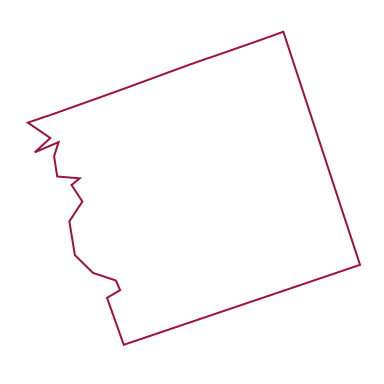 the district of Schuyler, Missouri, United States of America, rotated 342°
{"feature_id": "52423323B20022887638362", "entity_name": "Schuyler", "entity_type": "district", "adm_level": 2, "iso_a3": "USA", "parent_name": "United States of America", "parent_adm1": "Missouri", "projection": "equal_earth", "projection_center": [-92.615, 40.47], "detail": "fine", "context": "isolated", "style": "outline", "palette": "rose", "viewbox_px": 384, "rotation_deg": 342, "n_neighbors": 0, "source": "geoboundaries", "source_scale": "gbopen_adm2", "svg_char_len": 492}
<svg xmlns="http://www.w3.org/2000/svg" viewBox="0 0 384 384"><g transform="rotate(342 192 192)"><path d="M57.3,75.3L73.9,96.9L54.7,105.7L80.5,103.3L71.9,115.4L68.6,135.6L89.4,144.3L79.6,148.1L84.8,167.2L66.3,182.0L61.1,215.9L72.9,238.4L92.3,252.7L93.3,263.1L78.5,266.4L79.9,316.2L329.3,313.2L328.4,67.8L306.8,68.5L251.7,69.7L245.8,69.7L230.8,70.1L230.3,70.1L228.7,70.1L157.4,72.8L114.4,74.1L113.4,74.1L78.0,75.1L75.7,75.0L57.3,75.3Z" fill="none" stroke="#9f1239" stroke-width="2"/></g></svg>